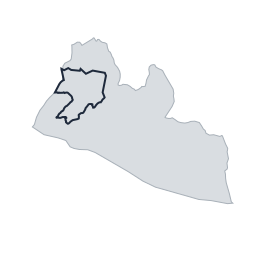 location of Gbapolu within Liberia, rotated 348°
{"feature_id": "LBR-1459", "entity_name": "Gbapolu", "entity_type": "County", "adm_level": 1, "iso_a3": "LBR", "parent_name": "Liberia", "parent_adm1": "", "projection": "orthographic", "projection_center": [-10.534, 7.419], "detail": "fine", "context": "in_parent", "style": "outline", "palette": "slate", "viewbox_px": 256, "rotation_deg": 348, "n_neighbors": 0, "source": "natural_earth", "source_scale": "10m", "svg_char_len": 3892}
<svg xmlns="http://www.w3.org/2000/svg" viewBox="0 0 256 256"><g transform="rotate(348 128 128)"><path d="M34.7,107.1L37.2,105.1L40.7,98.5L45.6,92.3L50.2,88.5L53.9,84.7L57.8,81.8L63.3,78.3L71.8,69.3L73.7,68.2L75.1,62.0L77.2,54.0L79.7,51.5L85.4,50.0L86.8,48.7L88.8,43.0L90.1,36.5L90.2,35.1L92.5,34.9L96.3,33.5L98.6,34.1L99.6,36.0L100.1,37.6L111.8,33.5L112.8,32.7L113.5,32.8L114.9,36.5L115.8,36.3L116.5,35.2L117.3,35.1L118.2,35.6L119.1,37.3L120.6,38.8L123.2,39.9L124.8,41.4L124.6,45.3L125.2,49.1L126.3,50.0L126.9,52.3L127.2,54.8L127.8,56.1L128.3,58.6L128.1,61.4L128.5,63.3L130.4,66.6L131.6,70.7L131.6,73.6L130.9,76.7L129.7,79.6L127.5,82.6L127.3,83.9L128.6,84.7L130.6,84.8L132.2,84.2L136.4,85.6L138.6,87.6L140.5,90.1L142.3,91.4L143.0,92.9L146.0,92.5L149.4,91.0L150.1,90.2L151.1,90.6L153.4,90.8L154.9,88.0L156.1,84.9L158.8,81.4L160.1,80.1L160.4,77.9L160.5,75.1L161.5,72.7L163.7,71.3L166.1,71.3L167.3,71.8L168.0,74.2L169.9,76.0L171.5,77.2L172.4,77.7L173.8,79.1L175.1,83.9L180.2,99.3L180.0,103.5L179.0,106.3L179.0,109.0L178.7,111.7L175.6,116.1L166.4,125.2L167.2,126.0L169.4,127.0L171.6,127.5L173.4,127.2L175.7,129.5L178.2,132.3L180.8,133.7L184.6,135.0L187.9,135.1L190.7,134.6L194.7,135.2L198.9,137.5L200.4,141.3L201.5,144.7L202.9,146.4L203.2,149.3L206.2,151.9L210.4,152.4L216.0,155.3L217.4,155.1L218.0,154.8L218.7,155.3L220.1,164.0L221.3,168.6L220.7,170.4L220.0,171.9L219.9,178.9L217.5,182.9L217.1,187.4L216.4,188.8L213.7,190.1L213.7,193.5L213.0,197.6L212.7,201.9L213.5,213.3L213.7,221.7L214.9,223.3L209.7,222.7L194.3,216.3L182.4,212.6L142.6,191.6L131.6,183.1L118.9,170.5L90.6,145.0L84.1,140.9L76.0,138.9L71.0,136.8L67.5,134.4L64.6,127.3L57.5,123.1L44.5,117.1L34.7,107.1Z" fill="#d9dde1" stroke="#a8b0b8" stroke-width="1"/><path d="M63.9,78.1L70.0,70.7L71.7,69.2L73.8,68.1L74.2,68.0L75.2,67.8L75.1,56.8L75.2,56.2L77.5,58.2L82.0,57.0L84.5,59.4L92.8,62.0L93.9,60.3L98.1,66.2L105.4,64.5L116.8,69.2L117.3,72.3L110.6,87.9L111.5,93.2L110.9,93.8L109.2,94.8L108.5,95.4L107.6,96.5L107.4,96.6L107.1,96.8L106.9,97.0L106.7,97.2L106.4,97.1L106.2,97.0L105.9,97.0L105.6,97.0L105.3,97.0L104.3,97.3L103.3,97.7L101.6,98.9L100.2,100.3L99.5,100.8L98.8,101.0L98.3,100.7L98.1,100.7L98.1,100.4L98.2,100.2L98.1,99.6L97.9,99.0L97.8,98.8L97.7,98.7L97.6,98.4L97.7,98.2L97.9,98.0L98.0,97.9L98.1,97.6L98.1,97.4L97.4,97.0L95.8,96.6L94.6,96.6L94.1,96.8L93.6,97.4L90.6,99.8L90.4,100.2L90.0,101.0L89.2,101.9L87.8,103.4L87.5,103.7L87.1,103.8L86.8,103.9L86.4,103.9L85.3,103.7L85.1,103.7L84.8,103.8L83.3,104.5L82.8,104.7L82.5,105.0L82.4,105.3L82.4,106.3L82.2,107.1L81.8,108.5L80.5,108.8L75.5,108.8L73.2,109.8L72.8,110.0L72.3,110.4L72.0,110.6L71.5,110.9L70.7,111.3L70.3,111.3L70.0,111.3L69.7,111.0L69.4,110.6L69.2,110.4L69.1,110.2L69.0,109.9L68.6,109.6L68.6,109.3L68.6,109.2L68.7,108.9L68.7,108.5L68.7,108.3L68.8,108.2L68.7,107.8L68.7,107.6L68.5,107.3L68.5,107.2L68.6,106.9L68.7,106.6L68.8,106.3L68.8,106.2L68.8,105.9L68.7,105.7L68.6,105.4L68.9,105.3L69.6,105.4L69.8,105.3L69.8,105.2L69.7,105.1L69.6,104.9L69.6,104.7L69.3,104.3L66.4,103.7L66.2,103.7L65.2,103.9L64.2,104.0L63.7,104.0L61.1,103.1L60.9,103.1L60.5,103.2L60.2,102.9L60.3,102.7L60.6,102.4L60.9,102.3L61.5,102.2L61.8,102.0L62.1,101.6L62.6,100.8L63.1,100.3L63.3,100.2L63.7,99.7L63.9,99.6L64.1,99.5L64.8,99.3L65.1,99.2L65.6,98.6L65.8,98.4L66.6,97.9L66.9,97.9L67.3,97.9L67.5,97.8L67.7,97.7L67.8,97.5L68.2,97.3L68.6,97.0L68.7,96.9L68.8,96.8L69.5,95.6L69.7,95.4L69.9,95.2L70.8,94.5L70.9,94.4L71.1,94.2L71.5,94.0L71.7,93.9L72.8,93.7L76.1,91.6L76.7,91.1L76.9,90.9L77.1,90.8L78.1,90.5L78.3,90.4L78.4,90.2L78.6,90.1L78.9,89.8L79.5,89.4L79.7,89.1L79.8,88.7L79.5,87.7L79.6,87.3L79.6,86.4L79.4,85.5L79.2,85.0L79.1,84.8L76.5,81.1L76.1,80.8L75.6,80.6L74.7,80.5L74.0,80.5L73.2,80.6L73.0,80.4L72.6,79.8L71.9,79.9L71.7,80.0L68.4,79.4L68.0,79.1L67.9,79.0L67.2,79.2L66.9,79.2L66.6,79.0L66.5,78.7L66.3,78.6L66.2,78.5L64.5,78.2L63.9,78.1Z" fill="none" stroke="#1e293b" stroke-width="2"/></g></svg>